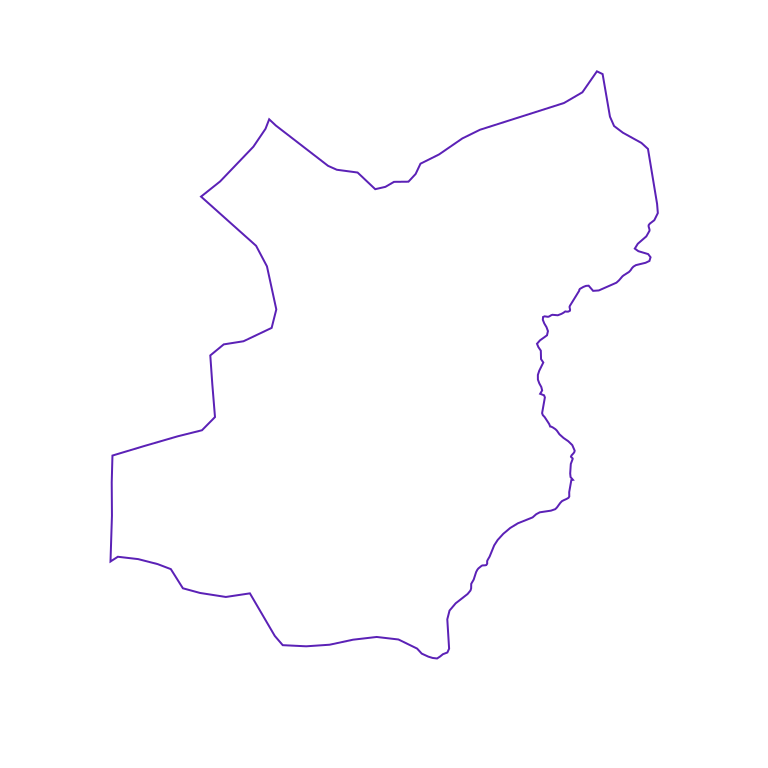 Katavi, Robinson projection, rotated 81°
{"feature_id": "TZA-5584", "entity_name": "Katavi", "entity_type": "Region", "adm_level": 1, "iso_a3": "TZA", "parent_name": "United Republic of Tanzania", "parent_adm1": "", "projection": "robinson", "projection_center": [31.46, -6.489], "detail": "fine", "context": "isolated", "style": "outline", "palette": "violet", "viewbox_px": 768, "rotation_deg": 81, "n_neighbors": 0, "source": "natural_earth", "source_scale": "10m", "svg_char_len": 2555}
<svg xmlns="http://www.w3.org/2000/svg" viewBox="0 0 768 768"><g transform="rotate(81 384 384)"><path d="M170.3,535.4L158.3,514.2L129.2,475.9L113.4,461.1L104.6,456.0L111.8,450.4L159.8,405.1L165.0,397.1L171.0,377.0L190.2,362.2L189.5,351.8L185.9,342.5L188.0,328.2L181.5,319.9L172.1,313.5L165.9,293.8L153.7,268.2L147.9,249.4L134.6,162.2L126.9,142.4L108.5,124.8L112.1,119.6L155.3,119.0L165.2,116.4L173.2,108.7L186.2,92.0L193.1,86.5L248.8,86.1L258.0,86.8L264.5,91.4L267.2,96.4L268.6,97.8L269.9,98.0L272.9,97.6L274.2,97.8L279.2,101.8L285.2,111.4L289.5,115.1L292.6,112.0L297.0,102.8L300.5,100.9L304.0,102.6L305.2,106.7L306.0,116.6L307.1,119.3L308.5,121.1L310.1,122.5L311.6,124.4L314.1,130.1L314.9,131.6L318.4,135.7L320.3,138.6L325.2,157.2L324.7,162.9L318.9,166.5L318.7,169.2L319.3,171.9L320.7,175.6L321.4,176.3L322.4,176.6L335.8,188.1L336.9,188.7L339.8,188.6L340.7,188.9L341.3,190.5L341.2,191.9L340.7,193.6L341.7,195.6L342.5,197.8L343.3,201.6L342.0,206.8L342.2,208.0L343.1,210.2L343.3,211.5L342.3,214.8L342.7,216.4L345.4,217.1L349.3,216.2L353.3,214.6L357.4,213.8L361.4,215.4L365.3,223.1L368.2,226.6L371.8,225.7L375.6,223.9L384.0,225.0L387.7,223.3L395.2,228.6L399.1,230.6L403.7,231.3L407.7,230.5L411.6,229.1L415.1,228.8L418.1,231.3L420.2,227.7L422.4,227.2L437.5,232.4L439.6,232.0L441.8,230.5L449.4,227.1L452.0,226.5L452.1,225.8L453.2,224.2L455.4,221.8L457.0,220.6L461.1,218.6L465.4,215.1L469.3,211.0L473.8,207.6L479.7,206.1L480.9,206.6L482.0,207.6L483.9,210.0L485.1,210.7L485.9,210.2L486.7,209.5L487.4,209.3L492.2,212.0L501.5,214.1L505.1,214.3L508.2,212.4L508.2,214.0L519.8,218.0L524.1,218.6L525.3,219.6L526.1,221.7L526.8,224.3L527.5,226.5L529.1,228.6L533.0,232.5L534.4,234.4L535.2,238.9L535.1,250.2L536.4,254.0L539.0,258.1L542.5,273.5L545.9,281.8L550.6,289.6L555.8,296.1L560.6,300.4L571.0,306.7L573.8,309.0L575.0,309.8L577.6,310.2L578.8,311.3L578.9,312.4L578.6,315.0L578.8,316.0L580.9,319.6L582.0,320.8L584.1,322.4L591.2,326.0L595.0,329.1L599.5,329.9L601.5,330.9L604.5,334.3L611.8,347.5L618.0,354.7L626.3,358.3L655.6,361.1L659.1,363.4L660.1,368.1L661.9,371.2L663.4,374.5L662.2,378.8L660.2,382.9L656.2,388.9L650.5,392.7L638.6,409.7L632.7,430.8L631.7,454.6L633.0,478.5L630.9,501.9L626.1,524.9L615.7,531.3L569.8,549.2L569.6,573.5L561.6,598.4L554.3,614.6L533.5,623.5L526.5,635.7L518.5,654.2L513.0,673.9L516.5,681.9L471.5,673.3L438.5,668.3L412.2,663.4L407.8,630.9L403.4,596.0L401.2,571.0L390.2,556.1L357.2,553.6L328.6,551.1L319.8,536.1L319.8,516.1L311.0,486.2L293.5,478.7L249.5,481.2L227.5,488.7L170.3,535.4Z" fill="none" stroke="#5b21b6" stroke-width="2"/></g></svg>